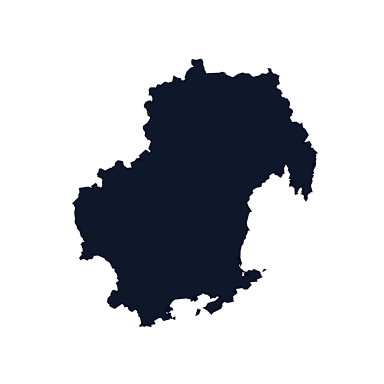 the border of Maga Buryatdan, rotated 333°
{"feature_id": "RUS-2615", "entity_name": "Maga Buryatdan", "entity_type": "Region", "adm_level": 1, "iso_a3": "RUS", "parent_name": "Russia", "parent_adm1": "", "projection": "albers", "projection_center": [153.715, 62.596], "detail": "fine", "context": "isolated", "style": "filled", "palette": "ink", "viewbox_px": 384, "rotation_deg": 333, "n_neighbors": 0, "source": "natural_earth", "source_scale": "10m", "svg_char_len": 6026}
<svg xmlns="http://www.w3.org/2000/svg" viewBox="0 0 384 384"><g transform="rotate(333 192 192)"><path d="M185.9,302.1L180.7,302.9L178.9,307.8L173.4,306.2L170.4,302.8L170.1,304.0L167.2,305.0L167.0,306.8L164.8,308.4L155.7,308.4L154.1,309.3L152.4,304.1L150.2,300.8L152.2,301.2L155.8,298.9L163.5,300.2L169.9,298.2L167.0,295.4L164.5,296.3L163.3,295.1L160.6,294.9L161.2,293.6L159.7,290.1L157.4,288.5L155.6,285.5L154.4,287.0L147.9,286.6L148.3,289.6L145.7,290.4L145.1,290.2L145.6,288.8L141.5,288.5L145.7,287.2L145.8,286.4L143.1,286.9L138.6,283.4L127.8,279.3L125.2,279.9L124.3,278.7L123.6,279.0L124.3,280.2L120.3,282.5L118.8,282.3L119.7,283.9L119.3,284.9L121.1,286.1L121.1,287.9L119.7,287.0L117.3,288.1L116.1,287.6L115.4,286.4L116.2,285.1L115.6,284.9L113.8,287.2L113.4,290.4L114.6,290.7L115.6,289.5L115.4,291.0L116.3,289.8L117.4,290.5L116.4,292.2L116.8,293.6L116.2,294.8L114.9,293.4L113.9,294.6L108.5,293.3L108.1,289.7L105.4,288.5L99.4,289.0L98.5,289.9L99.2,291.5L98.8,292.3L95.2,290.9L94.3,292.8L90.3,289.5L89.1,290.0L87.0,288.2L84.3,287.9L87.9,286.4L89.5,279.8L88.5,278.2L89.7,276.4L89.1,274.6L89.8,273.6L89.6,272.4L88.0,270.1L84.4,271.0L82.7,268.2L83.5,264.8L80.2,263.5L80.5,261.8L79.5,259.1L70.3,260.3L67.7,256.6L67.5,255.4L68.7,254.3L67.2,253.1L67.1,251.6L69.1,248.9L73.2,247.7L73.6,246.3L76.4,244.2L77.9,244.5L80.0,247.1L82.0,246.3L83.4,241.8L83.5,238.9L86.5,238.7L87.4,237.2L86.6,235.1L88.0,233.8L88.4,230.6L87.7,227.8L89.2,224.7L87.1,223.7L87.3,217.4L84.6,212.9L84.7,211.2L79.6,205.0L77.2,204.5L76.4,202.9L72.6,205.7L69.9,204.2L68.0,204.8L65.2,201.4L62.3,201.5L62.2,199.9L66.3,198.1L66.5,195.9L67.6,196.3L69.4,195.3L68.8,194.2L69.7,193.4L69.5,192.0L70.1,190.2L69.6,188.6L71.8,187.6L73.4,188.5L74.9,187.3L73.8,185.3L74.5,184.2L73.5,180.8L74.7,176.1L73.8,172.5L74.5,170.1L74.2,167.3L74.8,165.1L76.3,163.2L78.3,157.3L81.4,153.3L81.6,149.8L80.9,148.2L88.8,145.7L90.6,142.8L92.1,141.9L93.5,138.0L101.5,140.7L104.8,144.0L105.8,143.2L105.4,141.6L109.9,140.9L110.3,142.5L109.7,143.1L109.4,144.9L111.4,145.8L111.1,147.1L111.6,147.9L112.8,147.1L113.5,148.2L116.3,144.9L116.6,143.0L118.0,141.4L118.7,139.4L115.5,135.3L116.4,134.4L116.0,133.2L117.9,132.6L120.1,129.8L121.8,130.8L123.8,134.2L130.3,134.1L131.9,135.2L132.8,134.0L134.9,134.5L137.5,131.5L140.2,130.8L143.6,133.4L142.6,137.4L144.6,141.7L150.1,143.8L150.5,143.5L150.3,141.9L150.9,138.6L155.1,138.9L158.0,137.6L159.8,138.2L160.8,140.2L162.1,135.9L169.6,134.0L170.9,135.9L170.4,138.4L174.1,137.6L174.6,137.2L173.6,133.7L179.2,128.6L178.2,125.7L176.6,124.5L176.8,123.0L176.0,120.7L178.1,117.8L177.6,114.1L178.6,111.6L184.2,110.6L188.7,107.7L189.5,106.0L187.9,103.6L189.3,99.9L189.6,97.1L188.6,95.1L189.2,93.1L191.7,91.5L194.5,91.5L196.2,92.2L196.6,94.3L198.7,93.2L200.4,89.7L200.0,86.8L198.3,86.0L199.9,83.7L200.3,81.8L202.1,80.6L205.7,82.3L206.5,83.7L210.2,81.3L211.7,82.2L211.9,83.3L217.7,82.1L220.1,84.5L224.9,85.4L228.4,80.9L230.2,83.9L233.0,86.0L232.5,88.1L235.1,89.5L238.4,88.9L238.1,86.8L242.2,83.0L247.2,81.3L251.7,82.3L250.3,77.8L251.8,74.7L252.9,74.7L255.0,76.8L260.0,77.9L260.5,78.8L260.5,80.6L259.0,83.7L258.6,87.3L257.9,88.6L258.2,91.1L257.7,92.0L258.2,93.3L270.4,98.9L272.9,99.1L274.9,100.9L275.1,103.0L275.7,104.0L280.3,109.2L286.6,108.4L291.2,109.3L292.3,110.8L296.1,112.7L297.9,117.4L299.1,118.0L304.9,119.4L308.3,118.8L311.1,121.1L314.6,121.0L315.9,119.7L316.1,117.1L317.7,118.4L316.8,121.2L317.4,122.4L317.3,123.6L320.0,125.4L321.0,127.6L321.8,128.0L319.5,130.6L318.8,134.9L315.8,134.9L314.0,136.9L315.1,140.5L316.0,140.6L316.8,142.7L316.1,144.0L316.6,144.8L315.5,144.9L314.5,146.4L314.6,147.6L315.3,149.4L316.7,149.9L317.2,151.7L318.8,152.4L319.2,156.3L318.3,158.5L315.8,160.5L318.2,164.4L317.7,166.4L315.6,166.9L315.7,168.4L312.8,169.1L311.8,170.9L312.4,171.9L312.2,175.5L316.3,177.2L318.7,181.2L320.7,180.9L319.5,185.0L320.9,187.5L321.2,193.9L313.6,198.2L315.4,199.9L319.2,200.4L319.4,204.1L316.7,205.7L319.4,208.6L319.0,210.6L319.9,211.0L320.8,213.7L319.3,213.4L318.6,215.4L317.7,215.4L318.4,216.2L316.9,217.4L317.1,218.8L314.8,221.5L315.2,222.0L314.3,223.5L312.6,221.9L313.2,224.1L313.0,224.9L311.6,223.9L311.8,225.6L309.0,227.9L308.8,230.1L307.3,229.9L306.6,231.4L307.2,232.3L304.0,234.7L303.8,236.7L300.1,240.0L298.9,245.8L297.2,244.7L296.6,246.1L295.3,245.5L293.2,246.8L293.4,245.4L291.6,250.0L289.7,251.2L289.4,248.5L290.4,248.3L290.1,247.4L290.7,246.1L290.6,245.0L289.2,243.5L290.5,243.4L290.1,241.8L291.7,240.6L292.6,236.6L289.0,236.9L284.6,240.3L284.9,241.1L283.3,240.8L285.8,235.1L284.3,231.9L284.5,230.9L282.1,231.2L282.6,229.7L285.2,229.6L283.8,228.8L284.7,227.9L284.5,226.7L285.8,226.6L286.4,224.9L285.3,224.1L288.6,220.8L288.1,220.2L288.5,219.2L288.0,218.7L288.8,217.3L287.8,216.7L289.8,214.1L288.9,212.7L289.4,212.1L288.3,208.7L284.1,212.2L282.3,216.8L279.7,216.5L279.8,217.6L278.0,218.8L276.9,217.4L277.3,213.7L276.2,215.5L274.3,214.0L274.7,212.2L271.9,211.3L267.7,211.9L266.7,214.5L262.5,214.5L261.7,215.9L258.3,215.0L255.9,218.0L251.6,216.8L246.8,217.1L245.3,219.3L245.5,220.2L240.6,221.5L239.2,224.6L235.7,225.7L235.1,230.5L235.8,235.8L234.2,235.5L231.7,237.5L225.5,244.7L225.9,245.3L225.1,246.7L225.3,251.5L224.0,250.8L222.4,253.1L219.0,255.5L218.8,257.0L216.1,257.8L213.7,260.9L210.9,262.3L208.8,265.3L208.9,264.5L204.6,272.2L203.9,275.5L204.1,272.9L205.1,270.9L202.7,271.9L203.6,274.8L203.7,277.6L202.6,278.6L203.1,277.0L199.8,277.9L200.0,282.2L202.2,287.0L199.9,284.3L199.5,286.8L197.6,289.1L198.6,290.7L201.1,291.1L202.0,288.5L202.8,288.2L202.4,290.3L203.2,291.8L204.9,291.7L203.3,289.8L203.2,287.9L205.1,288.9L206.6,287.9L210.3,290.4L211.6,289.3L215.6,293.9L215.7,295.1L214.8,295.4L215.4,297.2L214.7,297.7L215.4,299.1L209.4,298.7L209.1,300.6L203.4,298.1L201.8,298.9L202.2,301.4L197.3,303.2L195.0,302.2L193.3,299.5L191.6,299.1L192.8,297.2L190.9,298.9L186.5,297.4L186.1,300.1L185.1,300.2L186.2,300.7L185.9,302.1ZM144.0,299.4L145.3,301.0L142.4,303.5L140.2,303.4L144.0,299.4ZM118.8,297.2L117.8,295.9L119.5,295.9L118.8,297.2ZM220.3,294.6L221.2,293.9L221.8,294.5L220.3,294.6Z" fill="#0f172a" stroke="#020617" stroke-width="1.5"/></g></svg>